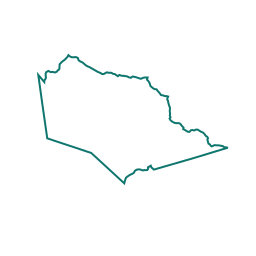 Olho d'Água das Cunhãs, Maranhão, Brazil (Robinson projection), rotated 287°
{"feature_id": "56859067B71077729140959", "entity_name": "Olho d'Água das Cunhãs", "entity_type": "district", "adm_level": 2, "iso_a3": "BRA", "parent_name": "Brazil", "parent_adm1": "Maranhão", "projection": "robinson", "projection_center": [-45.08, -4.123], "detail": "fine", "context": "isolated", "style": "outline", "palette": "teal", "viewbox_px": 256, "rotation_deg": 287, "n_neighbors": 0, "source": "geoboundaries", "source_scale": "gbopen_adm2", "svg_char_len": 2064}
<svg xmlns="http://www.w3.org/2000/svg" viewBox="0 0 256 256"><g transform="rotate(287 128 128)"><path d="M178.8,123.8L178.9,121.3L178.8,119.0L178.6,117.4L176.9,116.1L176.7,113.9L177.1,112.3L176.9,110.6L176.6,108.5L176.1,106.7L176.2,104.2L174.6,103.2L175.1,101.5L175.7,99.5L175.4,97.9L175.9,96.1L175.6,94.6L175.1,93.0L175.0,91.4L174.0,90.4L172.5,89.0L172.0,87.4L172.5,86.0L172.9,82.3L173.6,79.4L174.1,77.1L174.5,75.2L175.0,73.2L175.2,70.7L175.9,68.6L176.8,66.8L177.4,65.3L177.6,63.7L177.9,62.1L178.4,60.9L180.3,59.6L180.6,57.5L179.9,55.7L179.2,53.5L179.5,51.5L180.2,49.7L178.2,49.3L174.7,47.5L173.0,46.2L171.5,45.2L168.9,44.0L166.8,44.5L165.6,44.9L163.9,45.0L162.4,43.9L161.0,43.4L159.7,41.9L159.7,39.8L158.9,38.0L159.0,36.6L159.3,35.1L157.4,33.4L155.6,33.4L153.7,34.1L152.1,34.8L150.6,34.7L149.2,34.1L147.5,34.5L152.5,26.7L122.8,40.5L94.5,53.8L94.2,65.6L93.8,84.1L93.5,94.3L93.4,100.1L74.0,140.6L76.3,140.5L77.7,140.5L79.8,140.6L81.7,141.9L83.6,143.4L85.1,145.1L86.6,146.6L89.2,147.2L90.7,148.5L91.6,150.4L91.9,152.2L91.7,154.5L92.5,155.7L92.8,157.2L93.5,158.7L94.9,159.2L96.2,158.6L98.6,160.8L97.2,161.8L95.8,164.9L114.2,193.1L116.9,197.3L138.4,229.3L138.1,227.2L137.8,225.8L138.4,223.7L138.2,222.2L137.9,219.6L137.2,217.3L136.9,215.7L135.8,214.5L134.9,213.4L135.4,212.0L136.3,211.0L136.6,209.5L138.5,208.3L140.2,207.3L141.7,207.5L142.8,206.2L143.3,204.5L144.9,202.5L145.6,200.9L145.8,198.7L146.4,196.7L146.8,194.9L146.3,193.4L145.0,192.0L144.9,190.2L144.2,188.8L142.4,188.0L141.9,186.4L142.3,184.7L142.8,182.8L143.1,181.1L144.6,181.0L145.3,179.7L146.2,178.3L147.3,176.8L147.5,175.1L146.9,173.3L146.5,171.3L146.9,168.8L147.7,166.6L149.2,165.0L150.7,165.5L152.0,164.4L154.2,164.0L156.0,163.1L158.1,162.6L159.7,162.2L161.4,160.8L163.4,159.5L165.8,158.2L166.9,157.1L168.2,157.0L169.8,157.2L169.8,155.5L169.3,154.2L169.4,151.8L169.2,149.9L170.8,147.8L172.0,145.7L173.3,144.0L173.0,142.3L173.2,140.7L174.7,137.2L177.2,135.6L178.8,133.8L179.8,132.0L182.0,132.0L181.3,129.4L180.4,127.8L178.8,125.9L178.8,123.8Z" fill="none" stroke="#0f766e" stroke-width="2"/></g></svg>